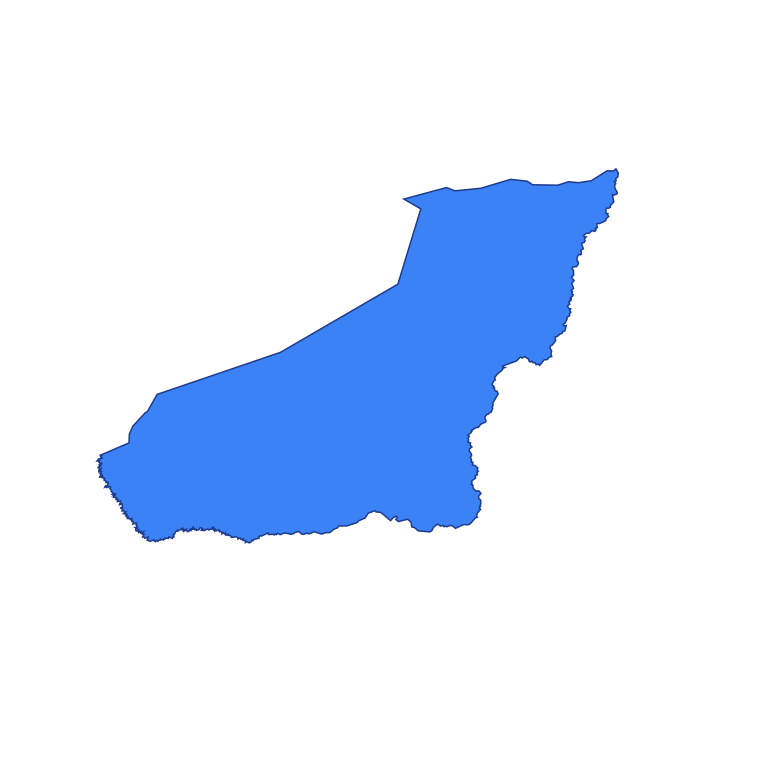 outline of Raga, Western Bahr el Ghazal, South Sudan, rotated 247°
{"feature_id": "79223893B70929244954658", "entity_name": "Raga", "entity_type": "district", "adm_level": 2, "iso_a3": "SSD", "parent_name": "South Sudan", "parent_adm1": "Western Bahr el Ghazal", "projection": "equal_earth", "projection_center": [25.202, 8.544], "detail": "fine", "context": "isolated", "style": "filled", "palette": "blue", "viewbox_px": 768, "rotation_deg": 247, "n_neighbors": 0, "source": "geoboundaries", "source_scale": "gbopen_adm2", "svg_char_len": 6076}
<svg xmlns="http://www.w3.org/2000/svg" viewBox="0 0 768 768"><g transform="rotate(247 384 384)"><path d="M470.5,435.8L453.6,301.0L463.1,171.1L451.1,155.5L450.8,152.9L443.3,136.3L437.5,130.1L429.4,126.2L429.3,94.2L428.5,96.4L427.6,94.7L425.8,95.5L426.5,92.0L425.4,90.1L425.3,91.4L424.6,90.9L424.4,91.7L424.1,91.0L421.6,91.5L421.9,92.8L421.4,93.2L421.1,91.7L420.5,92.0L420.8,90.3L419.2,91.0L419.6,90.0L418.7,88.2L418.0,89.3L416.6,88.3L416.4,90.1L415.2,87.4L414.3,87.3L415.1,88.2L414.0,89.6L413.8,88.7L412.6,88.8L412.0,87.0L412.2,88.4L409.9,89.0L410.5,87.8L409.6,87.7L410.0,86.2L409.4,85.9L408.7,88.4L408.3,87.6L406.2,90.1L405.1,88.7L402.5,90.3L401.8,89.7L401.5,91.6L398.8,90.2L399.0,87.7L398.2,86.8L398.3,87.9L397.2,88.0L397.4,89.0L396.6,89.4L397.1,91.0L395.9,92.1L394.9,90.8L392.3,91.6L391.7,90.8L389.1,92.4L388.7,91.0L387.6,93.6L387.0,91.1L386.4,92.6L385.3,90.8L383.6,94.2L383.7,93.1L382.3,92.2L381.6,94.1L380.0,92.6L379.2,95.9L376.2,93.4L376.1,96.3L373.1,95.2L372.6,92.5L372.0,94.8L369.5,93.2L369.3,95.0L367.8,94.8L367.1,96.2L366.4,93.5L364.8,96.5L363.4,96.7L364.4,96.0L363.7,94.7L362.0,95.3L361.7,96.6L360.4,95.3L359.3,97.5L358.3,97.5L358.6,99.3L356.1,98.2L356.0,99.1L354.4,99.1L353.2,98.1L352.8,102.5L352.6,101.3L350.7,100.7L349.8,102.0L350.1,100.7L348.5,100.8L349.0,99.0L347.6,100.0L347.5,98.8L345.8,98.3L345.2,99.1L345.6,100.6L344.9,99.9L343.9,101.7L343.8,100.2L343.1,100.1L343.3,102.3L341.8,101.9L341.9,104.9L340.6,102.8L339.5,104.4L337.5,102.0L337.1,103.2L335.5,103.6L335.2,107.2L332.8,104.9L330.6,107.2L330.5,111.2L329.2,111.1L329.0,112.3L328.2,112.3L328.8,113.7L327.5,114.4L328.1,115.7L327.7,117.4L328.5,117.7L326.6,120.0L327.8,121.8L326.9,121.9L327.2,123.4L326.0,125.3L327.4,126.2L324.5,128.9L325.8,130.2L325.4,130.9L327.8,131.1L327.4,132.2L329.6,134.7L329.2,136.9L330.1,136.8L329.3,139.2L330.0,141.4L329.3,141.0L329.3,142.2L328.6,141.7L328.1,143.2L327.3,141.7L326.5,141.8L327.4,145.5L325.1,145.2L324.5,146.4L325.3,147.5L324.5,149.2L325.8,148.9L325.2,150.7L326.5,149.6L325.9,150.6L326.6,152.1L325.2,151.3L325.1,153.1L323.7,152.9L323.5,154.4L322.4,154.3L322.3,157.2L323.5,158.3L323.1,159.7L321.9,159.8L321.0,158.8L320.8,160.5L320.2,159.6L319.3,161.2L319.5,164.8L318.0,165.7L318.6,166.4L317.4,169.6L319.0,169.8L318.7,171.0L316.3,170.2L315.6,170.4L316.0,171.0L315.0,170.8L315.9,172.0L314.4,172.1L314.3,174.9L312.3,174.8L312.5,175.9L310.3,176.7L310.9,178.0L309.5,176.6L309.7,177.6L308.4,178.7L308.9,179.7L307.0,179.1L306.0,181.0L306.7,181.0L306.5,181.9L305.7,181.3L304.4,183.4L302.5,183.5L301.0,188.4L299.8,189.6L298.4,189.0L298.4,191.5L296.7,191.7L296.4,193.9L295.1,193.1L293.8,195.4L292.2,194.5L292.5,196.1L290.4,197.9L290.7,200.6L291.8,201.5L291.0,202.6L291.7,203.7L290.9,208.8L292.3,209.2L292.7,210.7L291.9,211.8L292.2,219.0L290.6,218.8L288.7,223.9L287.9,223.9L288.2,226.0L287.5,226.1L288.1,227.8L285.9,229.5L285.7,234.5L281.7,240.2L282.2,240.8L281.5,242.5L282.1,243.4L281.7,246.9L280.8,248.5L278.4,249.2L277.0,251.2L276.7,255.2L275.4,256.1L275.2,262.1L270.2,267.9L269.9,272.3L268.4,275.9L269.9,281.3L269.8,285.0L271.0,286.8L267.9,294.3L266.9,305.0L268.0,307.6L268.0,314.1L271.2,319.0L271.0,326.2L269.5,326.5L267.0,330.9L255.6,336.7L257.4,340.0L257.4,343.4L256.5,344.3L255.7,343.8L254.7,341.9L251.7,343.6L250.3,352.8L246.3,354.9L241.6,353.7L239.9,356.0L235.8,357.9L234.6,359.5L230.0,368.4L230.2,370.6L232.6,373.3L234.2,378.5L231.2,380.4L230.7,383.1L229.3,383.4L229.1,385.0L228.1,386.0L227.9,389.9L226.3,391.9L223.2,393.3L223.5,402.5L221.5,406.4L221.7,409.1L225.0,415.7L224.9,417.9L225.9,417.4L228.7,419.5L230.9,423.9L232.7,423.3L233.9,425.2L234.6,424.7L235.7,426.2L239.2,427.6L241.6,426.5L243.5,427.1L245.5,430.5L248.5,429.6L249.8,426.6L253.4,425.3L256.3,426.4L257.4,425.0L258.6,426.5L260.3,426.5L261.7,431.6L263.9,432.0L263.9,434.5L265.8,434.8L266.8,436.7L268.1,436.1L270.1,437.6L273.3,436.0L275.0,433.8L277.2,435.3L278.1,433.8L280.2,435.0L282.7,434.8L283.8,436.6L285.4,437.1L289.3,436.3L290.9,437.5L291.7,440.4L294.0,439.5L296.0,440.6L297.8,438.6L299.4,440.1L301.6,440.3L302.5,442.2L304.3,441.2L305.2,445.2L306.3,446.6L307.0,446.3L307.9,451.2L307.2,453.9L309.2,457.4L309.3,462.2L310.0,463.5L314.0,463.6L315.7,466.7L315.5,468.6L316.2,469.2L316.3,471.8L319.3,474.7L320.5,474.4L321.9,476.2L323.8,476.5L330.4,485.3L333.4,485.2L333.8,484.0L335.5,483.5L337.1,484.2L337.9,483.1L338.8,484.3L341.3,483.1L343.7,485.9L344.3,488.1L346.6,488.3L348.8,492.0L350.8,498.6L351.9,499.3L352.0,501.6L353.1,499.8L354.2,500.1L353.4,514.8L355.5,520.3L353.9,521.3L354.2,524.4L350.0,526.9L348.4,526.4L347.1,527.3L347.2,529.1L345.8,529.2L344.4,531.4L342.5,531.5L341.7,534.2L340.3,534.5L343.7,541.1L342.7,543.7L344.1,546.7L343.7,549.1L346.5,549.4L348.9,551.2L352.1,550.8L354.2,552.4L354.1,554.2L357.0,559.0L360.3,559.8L360.1,562.4L361.2,565.3L361.1,567.7L362.4,569.4L362.2,571.2L366.6,574.6L367.3,572.3L368.9,572.2L369.4,574.6L372.1,577.8L373.9,578.5L374.3,581.5L376.3,582.1L377.1,584.1L378.8,583.5L380.3,585.2L381.3,583.7L384.1,583.2L384.9,586.2L387.3,586.2L387.9,588.9L389.2,589.6L389.7,588.6L390.7,589.8L391.0,591.8L392.4,593.0L393.6,591.8L395.2,593.6L396.9,592.9L398.0,595.9L403.2,596.1L405.0,599.4L409.1,598.1L410.0,601.1L414.6,602.8L416.9,602.1L417.8,604.0L416.8,607.1L418.8,610.0L420.7,610.5L422.5,609.6L425.1,611.3L427.1,613.7L426.1,615.5L426.4,616.5L430.2,617.6L430.6,620.4L435.5,620.5L436.2,620.9L436.2,623.7L437.3,625.1L439.2,625.1L440.4,627.5L441.2,626.0L442.3,625.7L443.1,626.7L443.6,629.2L442.7,632.0L444.0,635.4L442.3,637.1L442.3,638.5L443.2,639.4L445.1,639.0L444.4,639.6L444.6,641.6L448.0,642.2L448.5,643.3L447.5,645.0L447.5,649.7L447.9,652.2L449.4,653.0L450.4,656.3L452.5,655.8L453.3,656.7L454.5,655.0L458.0,656.5L458.8,658.0L458.0,659.6L458.2,661.4L459.7,662.0L462.0,666.7L469.0,668.2L468.0,669.2L468.0,672.9L469.3,673.6L473.4,673.0L476.8,673.9L477.9,675.6L480.4,675.2L480.3,677.0L482.7,677.6L483.1,680.0L486.6,682.1L491.4,681.5L490.4,678.5L493.1,672.6L490.1,654.2L493.3,641.7L498.1,632.8L499.1,621.7L509.3,598.7L514.7,595.1L522.9,580.6L526.3,549.8L534.1,524.8L540.4,518.3L546.5,474.5L530.8,486.3L470.5,435.8Z" fill="#3b82f6" stroke="#1e3a8a" stroke-width="1.5"/></g></svg>